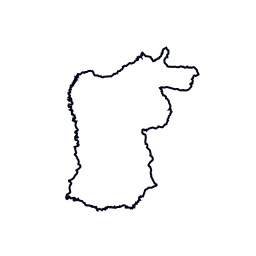 the district of Ledesma, Jujuy, Argentina, rotated 150°
{"feature_id": "61730980B60516348074924", "entity_name": "Ledesma", "entity_type": "district", "adm_level": 2, "iso_a3": "ARG", "parent_name": "Argentina", "parent_adm1": "Jujuy", "projection": "orthographic", "projection_center": [-64.879, -23.773], "detail": "fine", "context": "isolated", "style": "outline", "palette": "ink", "viewbox_px": 256, "rotation_deg": 150, "n_neighbors": 0, "source": "geoboundaries", "source_scale": "gbopen_adm2", "svg_char_len": 5857}
<svg xmlns="http://www.w3.org/2000/svg" viewBox="0 0 256 256"><g transform="rotate(150 128 128)"><path d="M41.1,148.1L42.7,148.3L43.4,149.1L43.9,149.0L44.8,149.9L45.5,150.1L45.8,151.3L46.2,151.1L46.4,151.5L46.9,151.3L48.8,151.9L49.3,153.3L50.1,153.5L51.1,154.8L52.7,155.3L53.2,155.1L54.9,156.0L56.9,157.8L58.1,158.2L60.9,159.9L61.5,160.6L62.5,160.9L63.1,162.0L62.8,162.8L63.7,166.2L63.0,167.8L62.3,168.9L60.0,170.2L58.5,169.6L57.6,171.8L56.4,171.9L55.5,172.6L54.7,174.3L54.3,174.6L54.2,175.2L54.9,176.3L54.7,178.4L58.0,178.5L58.8,177.8L59.4,177.7L60.2,176.2L61.3,176.0L61.1,175.3L62.6,174.6L63.5,173.7L65.2,173.6L65.5,173.1L66.7,172.8L67.6,173.4L68.8,173.0L70.4,173.4L70.8,172.9L71.3,173.3L72.3,173.0L72.8,173.2L72.9,175.1L72.7,175.8L73.2,177.1L72.9,178.2L75.1,180.2L76.8,181.3L77.8,186.0L78.7,185.9L79.7,184.9L79.2,184.0L80.9,183.7L81.1,182.8L81.4,183.7L82.2,183.5L82.8,184.2L83.3,183.8L84.1,184.4L84.4,183.7L85.3,183.7L84.8,182.7L85.2,182.1L87.8,182.6L90.3,181.6L91.7,182.1L92.8,182.0L94.0,183.4L98.5,182.6L99.9,183.6L101.9,183.5L102.0,182.6L103.9,181.8L104.9,181.9L106.5,181.4L108.3,182.1L109.9,180.8L111.4,181.3L112.3,181.2L112.8,181.8L116.6,181.1L119.8,182.8L123.6,184.5L124.4,184.4L125.5,185.5L125.6,186.4L127.3,187.3L128.1,188.8L130.2,189.9L130.7,191.5L130.2,193.7L130.4,195.1L131.5,195.7L131.9,196.3L133.9,197.2L135.3,197.0L137.1,197.9L138.2,197.5L138.9,198.6L139.8,198.9L142.7,198.3L144.3,199.8L145.5,199.1L145.3,198.0L145.8,197.9L146.0,198.8L147.0,198.3L146.6,197.2L147.5,197.6L148.1,198.3L148.5,196.9L148.2,196.7L148.2,196.1L149.2,197.1L149.6,196.9L149.5,194.9L151.1,194.3L151.6,195.3L151.1,195.6L151.4,195.7L152.3,195.0L152.4,193.5L153.3,193.5L153.7,193.9L154.2,192.4L155.0,192.7L155.6,192.3L155.8,193.4L156.2,193.5L156.7,192.7L155.9,192.1L158.0,191.5L158.2,189.9L158.7,190.0L159.0,190.5L159.9,190.2L160.3,189.1L160.0,188.0L161.1,187.5L162.1,188.0L162.5,186.7L162.1,186.1L162.1,185.0L163.8,184.3L163.0,184.0L163.0,183.1L164.0,182.3L165.5,182.3L165.3,181.0L164.5,181.1L163.4,182.0L162.6,181.8L163.4,179.6L163.9,179.1L163.5,177.3L164.3,176.6L165.5,176.6L167.4,178.0L168.6,177.0L168.6,175.7L166.6,174.8L167.7,172.9L169.2,172.8L168.9,172.2L167.7,171.9L167.4,171.0L167.6,170.4L168.3,170.4L168.9,169.7L168.8,167.8L169.4,168.3L169.7,167.9L169.0,167.4L169.0,166.2L168.0,165.6L168.6,164.5L168.5,163.4L169.0,163.0L170.5,163.6L170.6,162.3L171.4,162.7L172.0,162.1L171.7,161.5L170.5,161.2L170.7,159.8L169.5,159.4L171.6,157.4L172.2,156.5L172.7,154.0L172.3,152.8L172.6,151.3L173.2,150.9L175.0,151.3L176.0,150.5L175.7,149.7L174.9,149.4L174.8,148.6L176.1,147.6L176.2,146.4L176.7,146.5L176.9,147.2L177.4,147.0L176.2,145.6L176.2,145.0L177.0,145.0L178.4,146.3L179.3,144.7L179.4,144.0L178.1,142.8L177.8,141.6L178.1,140.7L179.8,139.8L179.7,138.8L179.1,138.4L179.4,137.8L180.0,137.4L183.7,138.3L184.0,137.5L183.9,136.5L184.5,135.6L185.2,132.7L185.7,132.1L187.0,132.0L187.4,131.6L186.8,128.9L187.2,126.5L187.0,125.0L187.7,123.0L189.1,121.6L188.1,120.2L188.5,118.2L190.4,117.4L193.8,117.1L193.6,115.6L194.2,114.7L195.3,113.9L197.5,113.4L200.1,111.8L202.9,111.5L205.4,112.0L205.7,111.3L204.8,109.7L204.8,108.4L205.3,107.8L206.8,107.4L208.7,105.3L210.0,101.4L210.5,101.0L214.3,100.8L216.3,98.9L216.6,97.8L216.3,96.9L215.7,96.9L214.3,97.6L213.9,98.5L213.5,98.5L213.0,97.7L213.1,96.2L212.8,95.7L209.2,94.3L209.1,93.0L211.1,92.8L211.0,92.1L208.5,91.3L207.8,91.7L207.5,90.9L206.6,91.4L206.5,89.6L204.4,87.8L203.7,85.1L203.0,84.5L203.3,83.6L203.2,82.2L201.9,81.5L201.6,80.9L200.4,80.5L200.2,79.9L199.5,79.6L199.2,78.8L198.2,78.6L198.0,78.2L198.3,77.5L196.8,76.8L196.4,75.8L195.1,75.6L195.0,75.1L195.7,74.4L195.2,73.2L195.8,72.3L195.5,71.7L194.7,72.2L193.3,72.4L192.8,71.6L192.2,71.2L191.5,69.8L190.1,70.4L189.8,70.1L188.8,70.0L188.8,69.1L188.3,68.7L187.4,69.2L186.9,70.2L186.5,70.1L186.0,69.2L184.9,69.8L183.9,69.1L183.5,68.3L182.2,68.3L181.7,67.7L182.1,67.6L182.0,67.4L180.6,66.5L179.2,66.7L179.2,65.3L178.2,65.4L177.8,64.9L176.9,65.0L174.7,63.7L174.2,64.3L173.5,63.6L170.3,63.3L169.3,62.2L168.9,61.0L169.2,60.7L168.6,60.6L168.9,60.0L168.1,60.1L167.9,59.1L167.4,59.1L166.1,57.6L165.6,57.6L165.6,56.9L164.7,57.0L164.4,56.2L163.4,56.6L162.6,56.3L162.7,56.9L162.2,57.0L162.6,57.3L162.6,57.7L162.2,57.7L162.0,58.3L161.3,57.8L160.3,58.5L159.1,58.3L158.5,59.1L158.2,58.5L157.9,59.0L157.5,58.8L156.3,59.5L155.9,59.0L154.5,60.4L153.6,59.8L153.5,61.6L153.1,62.3L152.2,62.1L151.1,62.5L150.9,61.7L149.3,61.7L149.1,61.4L143.8,65.9L142.4,65.6L140.0,66.0L137.2,64.4L134.8,64.5L133.0,63.9L131.7,64.2L131.5,64.8L132.4,66.0L132.6,67.9L132.2,74.5L131.2,75.9L131.4,76.7L130.1,78.8L129.1,79.7L128.7,80.7L128.2,83.4L129.0,84.5L128.8,85.7L126.1,87.2L122.8,87.9L121.7,89.1L121.6,91.6L122.5,93.0L121.4,94.0L120.2,97.7L121.3,101.6L120.1,102.9L119.7,104.1L119.8,104.7L120.7,105.4L119.7,107.8L117.3,110.9L116.4,113.2L116.7,114.2L117.6,114.9L118.1,116.6L116.4,119.2L115.1,118.9L114.6,117.6L113.4,117.5L113.2,116.6L112.5,117.2L111.7,116.8L109.8,117.0L106.4,116.1L104.2,113.6L101.0,113.7L100.8,114.0L98.3,111.6L97.0,111.5L95.5,112.2L95.0,112.0L94.2,112.6L92.9,112.1L90.4,114.2L89.6,114.4L89.6,115.5L87.4,116.8L86.8,117.8L84.8,118.3L84.3,119.3L82.2,120.2L82.4,121.2L81.8,123.0L82.5,123.3L82.0,123.4L82.2,123.9L81.3,124.5L80.1,126.1L79.8,129.6L79.2,131.0L79.6,134.0L80.3,134.7L79.5,136.2L80.4,138.2L81.1,138.5L81.2,139.0L80.9,140.9L81.1,141.2L80.3,142.1L80.7,143.1L79.8,143.8L79.7,144.8L80.3,145.6L80.4,146.7L78.6,146.6L76.5,144.9L73.7,144.0L67.9,138.1L65.3,136.9L64.8,135.3L63.1,133.9L62.1,133.7L61.4,133.0L60.9,133.1L59.9,132.0L58.2,131.2L56.0,131.0L52.4,132.2L51.7,133.5L52.0,134.6L51.3,134.5L51.4,135.0L50.9,135.1L50.5,134.5L49.9,134.6L50.0,134.9L48.5,136.1L48.0,137.5L48.3,138.4L46.8,138.8L46.6,139.3L46.0,139.4L44.9,140.4L44.1,140.3L43.4,139.1L40.6,139.2L39.7,138.5L40.3,139.6L40.0,140.2L39.9,142.6L39.4,143.4L39.5,144.4L40.4,147.6L41.1,148.1Z" fill="none" stroke="#020617" stroke-width="2"/></g></svg>